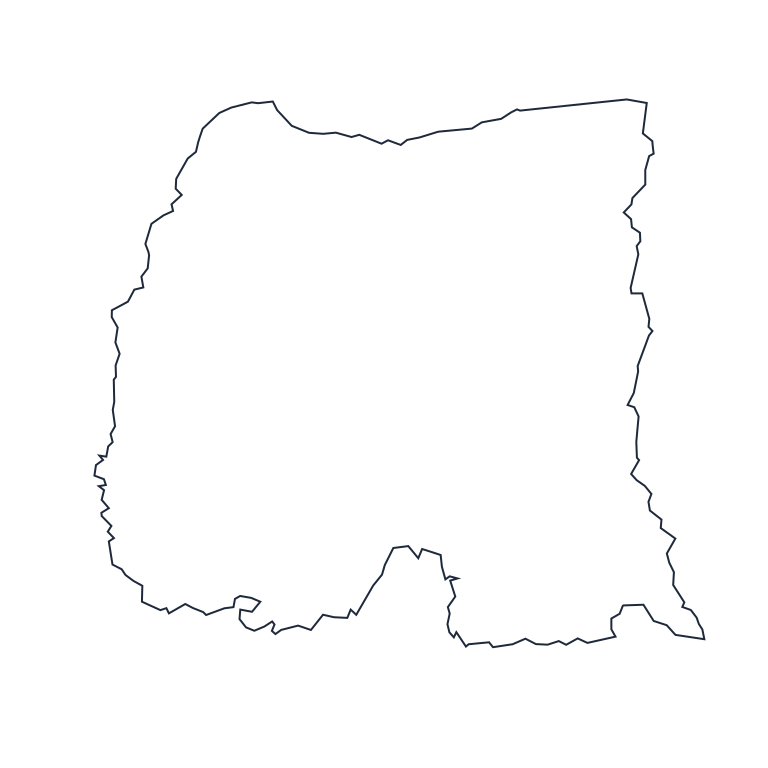 the district of San Germán, Puerto Rico, rotated 262°
{"feature_id": "32010507B44684662227535", "entity_name": "San Germán", "entity_type": "district", "adm_level": 2, "iso_a3": "PRI", "parent_name": "Puerto Rico", "parent_adm1": "", "projection": "robinson", "projection_center": [-67.051, 18.113], "detail": "fine", "context": "isolated", "style": "outline", "palette": "slate", "viewbox_px": 768, "rotation_deg": 262, "n_neighbors": 0, "source": "geoboundaries", "source_scale": "gbopen_adm2", "svg_char_len": 2697}
<svg xmlns="http://www.w3.org/2000/svg" viewBox="0 0 768 768"><g transform="rotate(262 384 384)"><path d="M86.7,665.7L96.6,665.1L102.5,662.4L109.1,661.1L117.5,656.4L121.7,648.4L126.0,651.0L144.7,642.4L157.3,644.9L167.4,641.6L176.8,640.5L190.4,651.0L202.8,638.0L211.1,639.9L221.7,629.7L230.5,629.5L237.9,633.5L246.8,628.1L253.5,620.9L260.5,616.2L273.1,626.0L275.8,624.2L291.6,625.8L316.4,631.6L326.2,628.6L329.3,622.3L340.3,630.1L361.0,637.4L366.5,637.7L385.4,647.9L395.1,653.1L399.1,657.2L403.8,653.9L411.6,655.8L437.8,652.4L439.3,641.7L444.8,641.6L477.0,653.9L485.4,653.4L489.7,657.7L498.2,658.5L504.6,651.3L512.9,651.6L520.5,645.3L527.4,654.0L533.6,655.9L545.1,670.5L559.5,672.5L572.8,678.3L574.6,683.1L581.8,683.2L587.2,683.5L596.1,675.2L625.7,683.3L632.0,664.0L635.8,556.8L637.4,553.9L635.3,547.7L630.3,537.0L629.5,517.3L624.7,506.6L626.3,472.8L623.2,453.5L622.5,440.9L618.4,433.8L624.8,421.9L622.3,415.0L634.2,394.2L633.1,386.2L639.6,371.3L640.2,358.6L643.2,344.7L652.5,328.6L670.1,316.3L679.2,313.2L679.6,298.4L681.3,292.2L679.0,271.3L675.3,258.6L662.1,240.0L654.5,236.1L649.2,233.6L640.1,230.1L634.6,221.0L616.1,206.8L606.4,204.9L599.4,210.0L591.5,198.6L584.7,199.2L581.7,189.1L575.0,176.0L555.9,167.2L547.6,169.1L544.2,169.3L531.4,166.1L524.1,158.7L513.1,159.1L512.2,149.9L501.2,141.9L494.9,124.8L488.1,123.7L477.0,128.1L467.6,125.3L462.5,123.8L450.7,126.4L439.7,120.8L428.4,119.6L425.9,117.0L403.9,114.4L396.1,111.8L379.6,111.8L372.5,106.3L364.2,107.2L360.6,102.2L350.7,98.9L352.7,92.2L347.9,95.2L343.8,87.5L333.6,84.5L333.3,85.0L328.7,93.4L322.7,94.5L322.5,87.4L317.8,92.0L308.6,88.3L299.3,94.2L295.8,86.2L292.5,86.1L281.4,94.3L276.2,89.9L269.0,95.1L266.4,89.6L243.0,90.0L237.0,98.5L230.9,101.4L223.7,108.7L217.8,116.6L202.1,114.0L191.2,131.1L192.3,137.3L186.8,139.1L193.8,156.6L188.7,163.7L183.3,173.2L180.0,175.7L184.1,194.7L184.0,203.9L191.9,206.5L194.1,212.0L190.7,222.7L185.6,231.2L176.8,221.6L180.6,210.3L171.3,208.2L162.2,213.5L157.7,221.2L160.5,231.8L164.4,240.2L161.1,242.1L155.1,238.6L151.5,241.7L154.8,248.0L156.7,265.3L150.6,277.4L164.0,291.5L160.0,302.0L157.5,315.1L165.2,319.6L159.3,324.4L186.0,345.3L195.5,355.5L204.6,359.6L213.3,365.6L220.3,370.4L220.1,385.5L206.7,393.7L215.3,398.8L206.8,416.3L195.0,415.9L182.0,417.6L184.4,422.3L181.2,429.8L180.1,422.2L163.6,425.0L154.2,416.2L147.5,417.1L137.3,413.4L129.0,414.2L123.4,417.9L128.2,421.1L112.6,428.6L114.5,431.6L113.6,452.1L108.2,455.3L108.4,475.2L112.1,488.6L105.3,498.2L103.1,509.7L105.1,521.3L100.4,528.1L105.1,540.4L99.3,549.4L101.6,578.1L109.4,575.0L120.1,576.5L123.7,585.4L131.1,589.6L131.4,590.4L129.3,610.2L111.8,618.1L105.8,630.4L95.0,637.7L86.7,665.7Z" fill="none" stroke="#1e293b" stroke-width="2"/></g></svg>